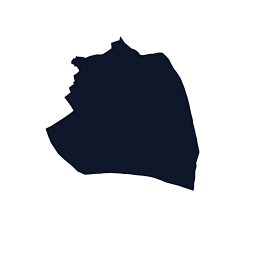 Xaysetha, Vientiane [prefecture], Laos (Natural Earth projection), rotated 56°
{"feature_id": "54806243B76096525034044", "entity_name": "Xaysetha", "entity_type": "district", "adm_level": 2, "iso_a3": "LAO", "parent_name": "Laos", "parent_adm1": "Vientiane [prefecture]", "projection": "natural_earth1", "projection_center": [102.674, 17.973], "detail": "fine", "context": "isolated", "style": "filled", "palette": "ink", "viewbox_px": 256, "rotation_deg": 56, "n_neighbors": 0, "source": "geoboundaries", "source_scale": "gbopen_adm2", "svg_char_len": 1849}
<svg xmlns="http://www.w3.org/2000/svg" viewBox="0 0 256 256"><g transform="rotate(56 128 128)"><path d="M40.6,134.3L41.4,136.8L42.1,137.8L43.3,138.1L43.8,137.5L45.7,136.1L46.7,137.1L47.8,135.3L49.2,135.4L50.4,135.3L52.1,135.5L53.6,135.5L54.4,137.0L54.9,140.6L54.6,143.1L56.0,143.9L56.8,144.2L57.7,144.6L58.0,144.6L58.6,144.8L59.1,144.8L59.9,144.6L59.9,145.1L60.1,147.3L62.1,147.4L62.1,152.1L62.1,153.5L63.0,154.2L65.4,154.6L67.0,154.6L67.2,157.6L67.6,162.8L77.4,162.3L83.9,162.7L84.3,167.0L84.4,173.5L84.4,178.0L84.3,182.2L84.2,185.5L84.1,188.6L84.0,191.5L83.3,196.1L90.5,198.1L97.7,199.5L98.0,199.5L110.0,199.6L118.6,197.7L128.4,194.8L135.3,193.5L142.1,189.3L144.2,185.7L146.9,180.6L149.7,176.1L151.4,172.9L154.8,167.2L158.1,163.0L160.7,159.5L163.1,156.7L165.9,152.9L169.1,149.3L172.3,145.6L175.5,141.7L178.9,137.9L182.3,134.6L185.3,132.2L190.8,128.3L192.7,127.2L196.4,124.2L201.1,120.0L203.7,117.7L209.0,113.7L215.6,108.6L213.2,106.6L210.8,105.0L206.3,100.6L203.6,98.9L200.1,96.1L198.2,93.7L197.8,93.3L194.4,91.4L191.0,87.1L190.8,86.8L187.4,82.8L178.9,79.4L175.5,77.7L169.5,75.5L164.6,73.5L160.1,72.0L156.8,70.2L150.4,68.0L148.2,67.1L144.7,65.6L140.1,63.8L136.2,62.5L132.4,61.3L125.8,59.4L121.8,58.5L115.7,57.3L112.5,57.2L108.1,57.2L104.6,57.5L100.1,57.1L94.2,56.4L90.0,56.9L85.6,57.9L84.4,59.1L83.0,61.2L81.3,65.7L79.9,67.9L78.9,69.9L78.5,71.0L77.9,72.5L76.5,75.5L75.5,76.8L73.9,77.8L71.7,77.8L71.4,77.8L67.9,78.8L64.1,81.4L55.7,83.8L49.3,83.8L51.3,85.9L50.0,89.7L48.9,94.1L53.5,96.6L53.6,103.0L53.4,107.9L51.9,110.9L50.3,112.9L49.1,115.8L48.3,118.0L47.8,119.5L47.5,120.5L47.2,122.8L47.2,123.8L44.6,126.3L43.8,127.0L43.3,127.5L43.5,127.9L43.6,128.2L43.1,128.4L42.7,128.6L42.0,129.3L41.5,129.9L41.1,130.4L40.4,131.0L41.0,131.8L41.2,132.2L41.4,132.6L41.5,133.5L41.5,134.0L40.6,134.3Z" fill="#0f172a" stroke="#020617" stroke-width="1.5"/></g></svg>